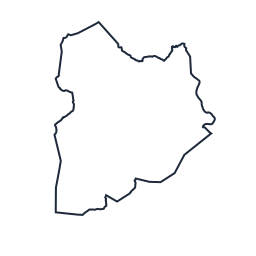 San Marcos de Colon, Choluteca, Honduras, rotated 192°
{"feature_id": "27666195B6198023019370", "entity_name": "San Marcos de Colon", "entity_type": "district", "adm_level": 2, "iso_a3": "HND", "parent_name": "Honduras", "parent_adm1": "Choluteca", "projection": "albers", "projection_center": [-86.836, 13.415], "detail": "fine", "context": "isolated", "style": "outline", "palette": "slate", "viewbox_px": 256, "rotation_deg": 192, "n_neighbors": 0, "source": "geoboundaries", "source_scale": "gbopen_adm2", "svg_char_len": 5624}
<svg xmlns="http://www.w3.org/2000/svg" viewBox="0 0 256 256"><g transform="rotate(192 128 128)"><path d="M45.5,140.0L47.2,140.7L48.8,141.8L49.4,142.1L49.9,142.5L51.7,143.6L52.1,144.0L52.4,144.2L52.9,144.4L53.7,144.5L54.0,144.5L54.4,144.3L54.7,144.3L55.0,144.5L55.1,144.8L55.0,145.1L54.8,145.6L54.5,146.3L54.1,147.0L53.8,147.2L53.5,147.5L52.6,148.1L52.0,148.3L51.2,148.5L50.3,148.6L48.7,148.7L47.7,148.9L47.1,149.1L46.7,149.4L46.3,150.1L45.7,151.2L44.9,154.1L44.9,154.4L45.0,154.9L45.3,155.8L45.6,156.1L46.1,156.5L46.8,157.0L47.5,157.3L48.7,158.6L49.2,159.0L49.5,159.2L51.3,159.9L51.9,160.0L52.4,160.0L53.1,159.8L53.8,159.4L54.1,159.3L54.5,159.3L56.0,159.9L56.4,160.1L56.7,160.3L57.6,161.3L58.1,161.7L58.4,162.0L58.7,162.5L59.2,163.5L60.4,165.4L60.7,166.0L61.3,168.3L61.5,168.8L61.7,169.1L62.3,169.8L63.0,170.4L65.3,172.2L65.8,172.7L66.3,173.3L67.6,174.6L67.9,174.9L68.0,175.1L68.1,175.5L68.5,176.8L68.7,178.0L68.8,178.6L68.6,180.8L68.6,181.6L67.5,186.1L67.5,187.7L67.6,188.1L67.7,188.4L67.9,188.7L68.1,188.9L68.5,189.2L70.3,190.1L71.5,190.7L73.3,191.4L74.7,192.1L75.7,193.0L77.7,194.4L82.1,210.8L82.7,211.3L83.2,211.9L83.7,212.5L84.6,213.3L85.7,214.5L87.4,216.1L87.5,216.3L87.5,216.6L87.6,217.1L87.6,217.7L87.6,218.0L88.0,218.4L89.0,218.8L89.5,219.2L89.8,219.6L90.0,219.9L90.1,221.0L90.4,221.8L90.4,222.0L91.1,221.9L91.5,222.1L91.8,222.1L92.2,222.0L92.8,221.7L93.1,221.5L93.3,221.3L93.9,220.4L94.3,219.9L94.7,219.7L95.5,219.3L96.1,218.9L96.4,218.4L96.5,218.2L96.5,217.9L96.7,217.7L96.8,217.6L97.6,218.3L97.9,218.4L98.0,218.4L98.4,218.0L98.5,217.7L98.6,217.0L98.7,216.9L99.1,216.9L99.6,216.7L99.9,216.7L100.1,216.8L100.3,217.0L101.1,217.3L101.4,217.2L101.7,216.9L101.9,216.5L101.9,216.2L101.6,215.8L101.4,215.6L101.4,215.4L101.5,214.9L101.5,214.6L101.3,214.1L101.0,213.6L100.8,213.4L100.8,213.1L100.8,212.7L101.0,212.4L101.2,212.1L101.4,211.6L101.9,210.7L102.2,209.2L102.4,209.1L102.5,209.1L102.7,208.7L102.9,207.8L103.0,206.8L103.2,206.4L103.4,206.1L103.7,205.9L104.0,205.7L104.8,204.5L105.0,203.9L105.8,202.7L106.2,202.2L106.4,201.5L106.6,201.3L106.8,201.3L107.5,201.6L107.9,201.6L108.8,202.2L110.6,202.3L111.0,202.5L111.3,202.8L111.5,202.9L112.0,203.0L112.6,202.9L112.9,202.9L114.7,203.7L115.8,203.9L116.5,203.9L117.1,203.9L117.5,203.9L117.8,203.8L118.0,203.7L118.7,203.0L118.9,202.8L119.2,202.8L119.7,202.8L120.0,202.9L120.6,202.8L120.9,202.6L121.2,202.5L121.7,202.5L122.2,202.5L122.4,202.4L122.7,202.3L123.1,202.0L124.3,201.5L124.7,201.4L125.7,201.1L126.9,200.6L127.1,200.4L127.8,199.1L127.9,198.9L128.1,197.5L127.7,196.8L127.8,196.5L128.1,196.3L128.9,196.1L129.8,196.0L130.4,195.9L130.6,195.7L130.9,195.4L131.1,195.3L131.5,195.4L132.3,195.8L132.7,196.0L133.3,196.0L133.5,195.9L133.9,195.9L134.6,196.0L135.4,196.4L135.7,196.7L136.0,196.9L136.5,196.9L136.9,196.9L138.1,197.2L138.6,197.3L139.7,197.7L140.0,198.0L140.6,199.1L140.7,199.3L140.8,199.4L141.5,199.6L142.6,199.7L143.3,199.8L143.8,200.1L144.6,200.4L145.2,200.7L145.8,200.8L146.7,201.4L147.3,201.6L148.1,201.8L149.2,202.1L150.0,202.5L150.2,202.9L150.8,204.9L150.9,205.1L151.4,205.5L151.5,205.6L152.5,205.2L153.0,205.0L153.9,205.1L154.0,205.1L154.3,205.5L154.6,206.1L154.7,206.7L154.8,207.2L155.0,208.1L178.7,225.5L181.6,222.8L196.8,210.3L203.1,206.9L206.0,207.2L207.0,204.3L207.8,203.3L209.8,202.6L209.9,199.8L211.1,195.2L208.7,189.1L206.8,165.4L206.5,164.8L206.9,164.1L207.2,163.7L208.2,162.9L208.5,162.5L208.6,162.3L208.7,161.5L208.9,161.1L204.5,153.7L204.2,153.5L203.1,153.1L203.0,152.8L202.9,152.5L202.8,152.4L202.6,152.2L202.2,152.2L200.8,151.2L200.5,151.1L199.2,150.9L198.3,150.9L198.0,151.0L197.7,151.2L197.1,151.8L196.5,152.0L196.2,152.0L195.8,152.0L195.3,151.9L194.9,151.9L194.5,151.8L193.9,151.6L193.3,151.4L192.8,151.3L191.0,151.0L190.0,151.0L189.1,149.0L187.4,144.3L186.9,143.5L186.9,143.4L187.1,143.1L187.4,142.5L187.4,142.2L187.3,141.9L187.0,141.4L186.0,140.3L185.8,140.1L185.8,139.9L185.7,139.5L185.8,139.1L185.6,138.4L185.3,137.6L185.3,137.3L185.5,136.8L185.5,136.5L185.2,135.4L185.2,134.6L185.6,133.3L185.9,133.0L187.1,131.9L187.4,131.4L187.8,130.6L188.0,130.2L188.6,129.8L189.1,129.3L189.7,128.5L190.2,127.7L190.4,127.4L191.5,126.4L192.1,125.9L192.4,125.5L192.7,125.5L193.3,125.2L194.0,124.7L194.0,124.3L193.8,124.1L194.4,123.3L194.6,123.0L195.2,121.6L195.8,120.9L196.8,120.0L197.6,119.2L199.9,116.3L200.0,116.2L200.0,115.9L199.9,115.5L199.6,115.0L198.8,114.1L198.3,113.3L198.0,112.4L197.6,111.2L197.4,110.4L197.3,108.5L197.4,108.3L197.8,107.5L198.5,106.1L186.9,81.9L186.5,72.4L186.1,54.7L181.5,32.2L181.1,30.5L159.3,32.8L154.3,33.6L154.0,33.9L153.6,34.7L153.0,35.6L152.7,35.9L152.5,36.2L150.9,37.9L150.2,38.6L149.6,39.3L149.2,39.8L149.1,40.0L148.8,40.1L148.4,40.3L148.2,40.4L147.8,40.4L147.3,40.4L146.9,40.7L146.5,40.8L143.3,41.2L143.1,41.3L142.1,42.0L140.9,42.5L140.4,42.6L139.7,42.6L139.3,42.7L138.7,42.7L138.3,42.7L137.5,43.0L135.8,43.6L135.1,43.8L134.9,44.1L134.8,44.6L134.4,45.9L134.2,46.2L134.0,46.5L133.2,47.1L133.1,47.4L133.1,47.8L133.1,48.1L133.2,48.3L133.6,49.0L133.6,49.4L133.6,49.7L134.0,50.7L134.2,51.1L134.3,51.7L134.4,52.1L134.7,52.4L134.7,52.6L134.6,52.9L134.6,53.0L134.7,53.4L134.9,53.9L134.8,54.2L135.1,54.6L135.4,54.8L135.6,55.0L135.8,55.4L135.8,55.7L135.8,55.9L135.7,56.1L135.4,56.7L135.4,57.7L123.4,53.8L112.7,64.3L112.7,64.5L112.4,65.4L112.3,65.5L112.0,65.7L111.9,65.8L111.8,66.1L111.8,66.5L111.6,66.7L111.4,67.3L110.4,68.6L108.9,70.7L108.8,71.1L108.7,72.3L109.1,74.0L109.0,74.7L109.0,75.0L109.1,75.3L109.4,76.3L109.6,76.6L110.4,77.5L110.6,77.8L110.5,78.1L110.2,78.5L110.0,78.8L110.0,79.0L110.1,79.9L109.9,80.2L95.8,79.8L84.9,81.8L73.0,93.6L67.3,113.5L45.5,140.0Z" fill="none" stroke="#1e293b" stroke-width="2"/></g></svg>